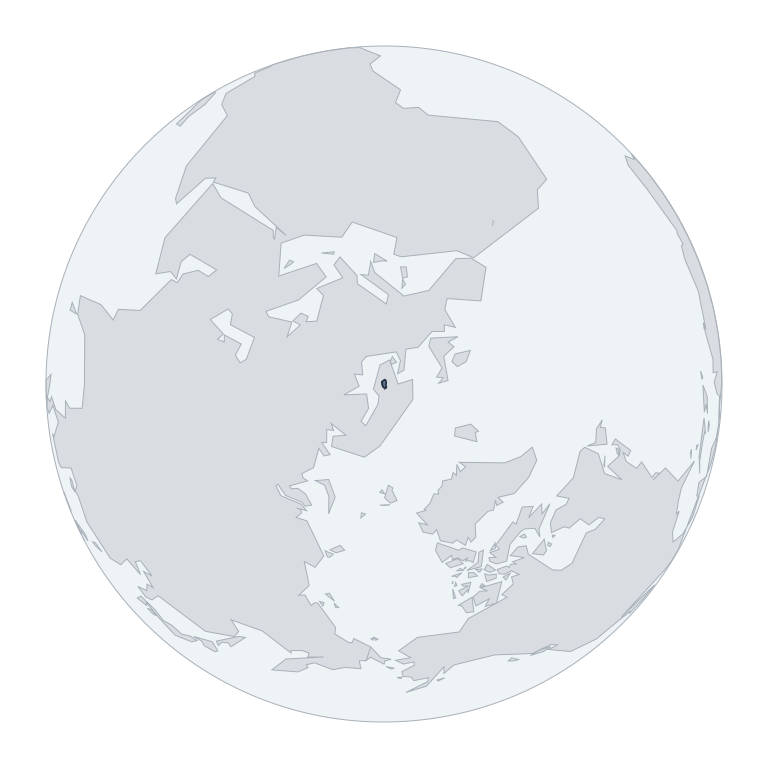 globe centered on Orebro, rotated 176°
{"feature_id": "SWE-183", "entity_name": "Orebro", "entity_type": "County", "adm_level": 1, "iso_a3": "SWE", "parent_name": "Sweden", "parent_adm1": "", "projection": "orthographic", "projection_center": [15.084, 59.383], "detail": "fine", "context": "on_globe", "style": "filled", "palette": "slate", "viewbox_px": 768, "rotation_deg": 176, "n_neighbors": 0, "source": "natural_earth", "source_scale": "10m", "svg_char_len": 11995}
<svg xmlns="http://www.w3.org/2000/svg" viewBox="0 0 768 768"><g transform="rotate(176 384 384)"><circle cx="384" cy="384" r="338" fill="#eef3f6" stroke="#a8b0b8"/><path d="M47.0,359.6L47.1,361.2L50.2,342.7L51.3,334.0L50.6,332.4L57.0,300.9L63.0,282.8L102.3,197.9L110.5,186.2L117.2,178.8L163.5,134.9L128.1,164.8L139.8,152.0L155.3,138.0L154.2,140.1L174.8,125.8L189.8,114.9L216.6,104.1L238.5,107.7L229.1,111.6L235.4,112.5L247.6,107.9L254.1,104.8L292.5,106.0L333.7,98.9L344.4,91.1L343.9,97.7L362.7,79.7L383.6,74.8L361.3,84.0L360.1,87.9L375.0,86.0L376.9,89.6L385.2,91.0L386.3,95.8L373.2,101.4L373.6,104.7L384.1,103.3L391.8,107.6L376.3,109.1L388.0,116.8L368.3,128.9L326.1,131.4L316.4,144.0L276.2,162.7L281.1,165.7L269.0,175.4L270.2,182.7L262.4,184.6L270.1,188.9L277.0,185.8L282.6,186.8L284.0,191.0L274.3,193.9L272.2,192.3L270.0,195.4L264.6,195.1L268.0,197.6L256.1,201.1L269.8,204.0L261.8,212.1L253.4,212.7L252.0,204.3L228.9,186.8L220.0,185.8L208.8,192.3L192.5,221.5L183.5,224.2L173.1,234.0L179.0,236.0L189.3,229.2L197.7,235.9L209.3,227.3L214.4,229.0L227.3,224.1L227.7,233.9L221.2,246.4L210.6,251.3L207.4,257.1L219.5,260.3L201.6,277.3L193.1,303.1L188.2,306.9L175.1,299.5L170.2,279.3L153.3,271.7L166.6,286.2L154.1,296.2L153.1,302.1L155.2,307.3L160.8,307.4L157.1,313.1L142.5,300.4L145.6,295.0L150.2,298.9L147.8,289.8L137.9,282.2L132.4,288.4L123.3,272.1L119.2,276.5L114.9,275.8L122.0,269.7L109.1,280.6L97.5,266.5L79.6,285.6L94.6,259.6L98.4,247.0L101.4,233.8L98.3,236.6L106.4,216.7L106.7,206.2L96.4,213.5L85.4,229.9L77.4,250.2L79.8,250.4L76.7,263.9L68.7,269.2L61.6,297.2L56.4,306.7L52.9,320.6L51.9,332.0L50.1,348.5L52.4,351.0L54.5,362.6L50.8,373.0L54.9,372.4L54.1,385.9L60.5,416.4L59.1,416.4L63.9,454.4L75.2,487.5L77.7,501.4L75.8,502.6L81.0,513.5L81.2,516.7L107.3,559.0L125.1,585.2L127.5,594.7L118.5,590.4L121.2,596.5L106.0,576.1L92.4,554.7L80.4,532.3L70.1,509.0L61.6,485.1L54.9,460.6L50.0,435.6L47.1,410.4L46.1,385.0L47.0,359.6ZM74.7,289.9L67.1,327.8L66.6,312.0L67.5,313.7L70.5,302.7L74.4,285.6L75.3,272.7L74.7,289.9ZM82.2,293.8L83.1,288.0L82.9,293.0L82.2,293.8ZM256.7,103.0L247.7,107.5L235.9,110.6L243.2,106.2L256.7,103.0ZM279.3,99.0L275.7,101.9L268.9,99.8L273.1,98.8L279.3,99.0ZM351.7,85.0L344.0,86.7L350.8,83.9L351.7,85.0ZM386.2,90.4L387.8,88.9L391.4,90.3L386.2,90.4ZM226.2,219.1L226.6,221.5L224.0,221.1L226.2,219.1ZM231.2,214.7L227.8,212.6L229.7,210.2L231.8,211.6L231.2,214.7ZM396.3,99.0L401.7,102.0L394.0,99.9L396.3,99.0ZM235.0,218.0L233.5,206.3L236.9,202.3L247.7,204.4L235.0,218.0ZM403.4,104.5L416.6,112.3L421.2,109.3L415.6,122.6L406.2,111.2L396.0,108.9L402.6,107.7L403.4,104.5ZM278.6,183.1L271.3,186.5L276.1,179.9L278.6,183.1ZM280.3,178.6L287.1,157.7L298.5,155.1L293.9,162.4L307.7,156.3L310.0,165.2L302.9,170.6L295.1,170.4L301.9,174.0L280.3,178.6ZM410.3,128.9L411.6,131.9L407.8,129.9L410.3,128.9ZM285.3,186.7L285.6,182.5L295.6,179.8L296.7,187.7L293.1,186.0L285.3,186.7ZM310.3,150.5L317.8,150.1L321.7,157.1L325.2,158.0L311.0,165.2L310.3,150.5ZM291.5,188.7L297.0,191.8L293.5,196.9L285.6,190.6L291.5,188.7ZM297.7,175.9L302.4,175.1L300.1,178.1L297.7,175.9ZM284.3,217.6L284.4,212.3L289.6,210.4L284.3,217.6ZM299.2,192.6L300.4,190.9L302.5,189.6L305.3,192.7L299.2,192.6ZM314.7,169.8L314.8,172.9L320.8,167.2L323.9,172.5L313.9,176.5L319.5,177.0L320.5,178.7L311.2,180.1L314.7,169.8ZM314.3,192.2L302.6,199.5L301.1,209.5L296.4,211.3L299.7,195.0L314.3,192.2ZM313.3,184.9L312.9,189.8L307.3,189.5L304.1,185.9L313.3,184.9ZM329.7,174.8L327.4,165.6L329.7,165.1L329.7,174.8ZM315.0,195.1L317.8,193.3L315.5,195.8L315.0,195.1ZM326.4,181.0L325.3,177.8L327.9,177.3L326.4,181.0ZM324.3,192.6L320.5,194.8L318.2,192.4L324.3,192.6ZM326.1,187.3L330.0,187.4L319.7,190.2L325.2,185.9L326.1,187.3ZM329.0,181.1L330.2,179.7L329.1,182.5L329.0,181.1ZM335.0,200.6L322.6,204.7L317.6,199.3L330.4,196.0L335.0,200.6ZM396.2,721.7L384.7,721.3L364.6,711.5L375.6,704.2L373.2,697.0L347.0,676.3L352.9,663.9L345.4,657.6L330.2,657.5L321.3,649.2L311.9,647.6L252.0,637.7L232.8,621.2L207.4,576.9L217.5,566.9L217.6,548.6L285.7,503.7L302.1,511.9L357.9,509.7L365.2,512.7L360.8,529.2L404.4,547.8L415.9,533.4L453.3,538.1L476.8,531.7L481.5,499.0L442.9,509.0L434.2,494.9L463.4,473.8L496.7,464.7L494.4,459.1L471.6,452.2L477.4,437.8L463.4,448.7L470.4,453.3L461.9,460.5L454.9,456.7L457.3,451.6L446.7,451.4L438.2,476.5L444.4,484.0L417.8,492.8L425.6,506.3L419.1,513.9L403.4,494.1L403.6,485.9L376.0,463.6L373.4,472.9L399.3,494.8L392.0,493.6L388.7,507.2L385.5,495.9L357.9,470.3L332.7,474.3L303.7,504.0L288.4,503.5L274.1,493.3L281.6,460.1L315.1,464.9L318.2,454.0L308.9,435.5L319.8,438.9L320.1,432.2L332.5,433.0L347.4,418.2L359.7,417.2L363.1,396.4L369.8,393.3L365.9,406.3L369.6,415.2L399.7,412.7L404.8,407.7L404.6,394.6L412.9,395.9L408.9,383.6L424.9,375.9L402.0,375.3L401.1,360.7L409.5,348.3L405.1,343.6L391.5,364.0L389.8,372.4L394.9,379.6L386.6,403.3L376.8,407.6L369.9,383.0L355.2,386.6L356.2,366.6L392.3,322.5L408.7,312.4L440.7,325.3L438.4,335.4L425.6,335.6L439.6,348.4L437.4,341.1L444.3,342.5L445.3,329.6L450.2,330.0L442.7,317.3L448.8,316.4L453.5,324.4L460.1,305.4L472.2,300.4L471.3,296.0L467.0,292.7L485.3,289.0L483.8,285.9L477.3,285.9L470.1,280.0L464.6,268.2L471.2,267.6L474.1,271.7L490.1,279.8L496.8,291.4L498.9,290.0L494.7,279.8L475.2,269.9L470.0,263.0L479.7,266.3L475.8,264.6L475.3,261.0L481.0,257.0L470.5,252.9L456.0,216.6L465.6,205.9L475.9,212.5L472.7,188.3L483.8,179.2L477.7,179.1L472.1,168.1L468.6,170.7L465.2,169.9L449.2,144.4L450.6,138.3L436.9,128.3L433.7,128.4L431.9,132.2L415.6,122.6L421.2,109.3L428.0,109.7L426.9,101.6L442.6,104.0L455.0,102.6L472.7,110.7L481.0,109.4L479.6,106.4L489.8,102.8L515.8,106.6L501.0,116.5L463.3,115.9L479.2,116.9L477.4,120.8L484.3,123.8L495.4,124.6L495.5,122.1L522.6,146.1L552.9,159.4L546.3,147.3L550.8,142.5L579.5,149.8L624.1,188.6L630.5,184.8L636.6,188.3L643.6,199.2L635.0,194.4L634.4,200.9L628.5,196.8L636.8,213.7L628.7,208.6L639.2,224.7L644.5,224.2L640.2,210.8L652.8,227.5L659.2,222.0L669.3,229.4L690.0,267.1L697.1,294.3L699.5,298.7L697.4,304.1L702.0,322.0L711.8,323.1L714.1,328.8L718.1,357.9L716.9,354.4L711.5,368.7L715.8,385.7L720.1,378.2L721.8,384.5L720.8,394.4L718.5,389.8L716.5,394.5L713.2,381.2L704.2,372.2L702.9,389.3L699.3,381.8L686.8,380.8L682.8,405.0L679.1,454.0L684.7,475.0L680.7,493.3L660.8,482.9L649.6,466.7L643.8,477.0L622.1,474.4L588.9,503.0L582.9,499.6L576.9,507.7L561.4,510.4L551.7,503.5L543.0,509.5L568.5,526.9L577.8,520.2L583.7,503.3L589.2,511.1L604.0,509.8L592.3,545.2L540.8,596.0L533.7,581.2L483.8,544.9L484.1,538.0L483.8,537.3L483.1,536.2L480.6,547.9L471.3,539.1L500.3,569.9L506.0,583.9L540.1,597.3L537.4,601.3L547.8,601.7L578.4,578.2L579.0,583.6L565.8,615.5L521.6,662.6L526.4,674.2L521.2,684.9L491.2,699.9L491.4,703.1L475.5,708.6L472.9,710.0L466.5,711.7L443.3,716.7L419.8,720.0L396.2,721.7ZM264.7,534.1L263.5,539.8L264.7,534.1ZM534.2,469.8L552.8,460.4L540.7,445.0L546.9,440.3L540.5,437.0L539.7,444.0L523.6,433.8L530.3,423.2L526.1,415.2L519.7,418.1L510.0,439.5L533.1,453.9L530.4,464.5L534.2,469.8ZM60.8,417.3L61.2,423.0L59.8,418.1L60.8,417.3ZM64.0,313.6L63.5,320.1L62.5,324.9L62.3,320.6L64.0,313.6ZM66.6,366.8L67.3,374.9L65.4,368.2L66.6,366.8ZM66.4,333.6L65.9,360.7L62.5,349.0L63.3,332.0L64.2,341.3L66.4,333.6ZM77.3,296.3L76.4,300.9L75.0,301.5L77.3,296.3ZM82.0,297.5L81.9,296.1L83.4,292.8L82.0,297.5ZM155.0,296.9L156.1,298.1L157.0,304.0L154.3,302.4L155.0,296.9ZM175.2,324.5L168.7,333.1L171.4,325.6L166.3,324.8L165.7,308.4L185.7,308.0L176.8,310.9L175.2,324.5ZM170.4,287.1L168.5,297.1L169.8,286.2L170.4,287.1ZM309.6,396.2L314.6,401.5L311.0,409.0L295.5,411.5L300.5,400.6L309.6,396.2ZM322.5,407.4L319.9,383.1L329.4,380.9L324.5,386.1L331.1,387.2L324.9,396.0L336.6,418.3L334.2,426.5L306.9,426.0L317.1,421.4L311.6,416.3L322.5,407.4ZM296.4,329.3L295.4,320.0L317.3,327.2L315.8,335.2L300.2,337.9L293.0,330.2L296.4,329.3ZM254.4,224.5L252.6,221.4L255.3,220.4L259.0,222.3L254.4,224.5ZM283.9,215.3L265.1,237.4L262.1,234.9L254.7,251.6L243.8,251.5L249.0,240.5L235.1,253.3L235.4,243.4L226.8,253.0L239.5,228.6L239.2,220.6L243.6,229.5L253.6,229.7L257.8,227.4L269.6,215.2L274.0,198.7L284.5,196.7L290.9,199.7L291.4,203.4L284.4,203.4L290.2,208.3L280.5,211.2L283.9,215.3ZM358.9,243.1L350.5,240.4L360.5,253.0L350.8,255.0L352.6,256.3L346.4,261.8L341.9,270.9L337.2,270.4L337.5,274.2L333.4,278.1L332.2,283.2L323.4,284.4L321.2,290.9L318.2,287.8L316.9,298.7L313.9,291.1L308.3,295.8L314.2,300.6L269.2,296.9L252.6,302.0L240.4,310.6L236.9,297.2L246.1,280.9L261.6,265.7L278.1,263.0L273.5,257.7L280.1,255.0L280.9,260.3L283.5,250.6L289.1,249.8L302.9,237.8L303.1,224.8L308.2,220.3L310.9,225.1L314.0,217.3L322.6,223.4L326.4,220.4L338.7,223.7L341.7,235.1L345.8,230.9L355.3,233.6L358.9,243.1ZM338.4,201.9L344.2,214.3L341.8,221.8L321.4,213.0L316.8,214.9L303.7,210.0L307.5,199.6L310.9,201.8L315.1,201.7L312.2,205.0L317.6,202.2L322.5,205.4L328.0,204.1L328.4,208.5L338.4,201.9ZM372.3,506.3L377.8,507.0L386.0,505.9L384.1,514.7L372.3,506.3ZM353.2,489.2L358.0,488.2L359.3,499.7L353.6,499.2L353.2,489.2ZM359.5,478.2L358.1,487.3L355.5,482.1L359.5,478.2ZM370.1,404.8L375.1,403.1L376.0,406.1L373.8,410.8L370.1,404.8ZM386.7,282.8L382.3,279.6L383.5,277.6L379.1,266.8L385.9,264.7L391.3,270.4L386.7,282.8ZM475.6,506.3L469.5,514.2L465.6,512.3L468.5,510.0L475.6,506.3ZM425.1,517.0L437.2,519.0L424.4,519.4L425.1,517.0ZM393.5,278.7L390.9,274.4L395.9,276.1L393.5,278.7ZM390.7,262.7L396.5,263.5L386.3,263.2L390.7,262.7ZM572.8,657.9L546.4,680.2L532.3,687.3L531.9,686.2L543.1,675.4L560.3,664.4L569.3,655.4L572.8,657.9ZM720.8,411.4L715.5,416.8L717.5,406.6L721.8,390.0L721.8,394.5L721.8,394.1L720.8,411.4ZM685.9,475.4L692.0,479.5L689.3,487.1L685.9,475.4ZM705.5,280.4L710.9,298.7L704.8,279.0L705.5,280.4ZM699.8,265.6L701.2,268.4L701.1,269.6L699.8,265.6ZM702.8,303.7L703.8,312.2L702.2,310.0L699.8,297.8L702.8,303.7ZM677.1,236.2L683.3,243.0L685.7,246.8L683.2,246.1L677.1,236.2ZM448.3,258.4L446.8,275.5L450.2,287.1L459.3,292.4L445.9,292.6L440.6,274.6L448.3,258.4ZM454.4,221.7L446.4,217.7L450.1,214.9L452.5,215.5L454.4,221.7ZM449.4,222.4L439.0,226.1L434.8,220.9L443.7,219.0L449.4,222.4ZM416.4,252.0L415.5,257.1L411.4,255.5L416.4,252.0ZM700.0,264.3L697.4,257.6L697.8,258.7L700.0,264.3ZM701.9,269.6L700.6,266.3L698.8,261.2L701.9,269.6ZM695.4,252.7L693.7,248.9L694.0,249.6L695.4,252.7ZM696.9,259.7L695.9,254.3L700.1,267.1L692.6,255.1L690.2,248.1L696.9,259.7ZM635.2,176.4L631.5,175.1L627.3,168.7L631.0,171.3L635.2,176.4ZM609.9,148.0L624.9,166.6L636.3,182.6L636.3,179.7L645.1,187.6L641.4,189.4L628.1,174.7L620.7,163.5L612.8,158.4L603.2,148.6L594.8,146.0L588.4,141.1L593.7,140.2L609.9,148.0ZM591.4,145.4L573.3,138.9L568.4,129.4L571.2,128.6L581.6,135.5L583.6,140.1L591.4,145.4ZM567.5,134.7L569.2,139.2L546.1,142.4L540.0,140.8L555.0,132.6L557.4,136.5L563.9,137.7L567.5,134.7ZM414.8,130.8L411.9,131.8L412.9,129.2L414.8,130.8ZM463.4,171.6L459.1,170.0L460.4,166.9L463.4,171.6ZM447.7,164.2L449.2,168.8L444.8,164.2L447.7,164.2ZM453.2,179.2L448.5,170.7L457.0,178.5L453.2,179.2Z" fill="#d9dde1" stroke="#a8b0b8" stroke-width="1"/><path d="M382.2,382.9L382.2,382.6L382.2,382.4L382.1,382.2L382.1,381.8L382.1,381.4L382.1,380.9L382.0,380.7L381.9,380.7L382.1,380.3L382.1,380.1L382.9,380.3L383.0,380.2L383.0,379.9L383.2,379.7L383.3,379.6L383.3,379.8L383.5,379.9L383.8,380.0L384.5,380.3L385.1,381.0L385.2,381.3L385.3,381.4L385.4,381.5L385.5,381.8L385.5,382.0L385.4,382.3L385.4,382.5L385.5,382.5L385.7,382.9L385.8,383.0L386.0,383.1L385.9,383.3L386.0,383.5L385.9,383.8L385.7,383.8L385.6,384.0L385.6,384.4L385.6,384.5L385.8,384.6L385.9,384.8L386.0,384.8L386.1,385.0L386.2,385.4L386.2,385.5L385.9,385.7L385.9,385.8L385.7,385.9L385.7,386.0L385.9,386.3L385.7,386.4L385.6,386.5L385.6,386.8L385.4,387.0L385.1,387.2L384.9,387.2L384.7,387.1L384.3,387.4L384.2,387.5L383.9,387.9L383.8,388.0L383.4,388.1L383.2,388.3L383.0,388.2L382.9,388.1L382.9,387.9L382.7,387.8L382.5,388.0L382.4,387.9L382.2,387.8L382.2,387.6L382.1,387.4L381.9,387.2L381.9,386.9L381.8,386.7L381.7,386.4L381.7,386.1L381.7,385.9L381.7,385.7L381.7,385.4L381.7,385.0L381.7,384.8L381.7,384.5L381.8,384.2L382.0,383.8L382.0,383.7L382.2,383.4L382.1,383.2L382.1,382.9L382.2,382.9Z" fill="#64748b" stroke="#1e293b" stroke-width="1.5"/></g></svg>